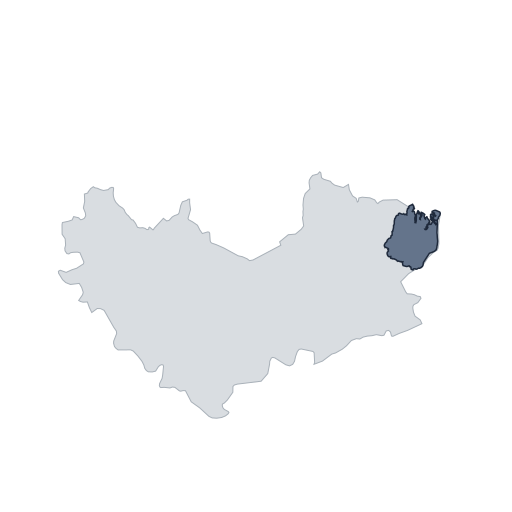 Boke, Boke, Guinea (highlighted), rotated 153°
{"feature_id": "49546643B57120226425021", "entity_name": "Boke", "entity_type": "district", "adm_level": 2, "iso_a3": "GIN", "parent_name": "Guinea", "parent_adm1": "Boke", "projection": "albers", "projection_center": [-14.504, 11.069], "detail": "fine", "context": "in_parent", "style": "filled", "palette": "slate", "viewbox_px": 512, "rotation_deg": 153, "n_neighbors": 0, "source": "geoboundaries", "source_scale": "gbopen_adm2", "svg_char_len": 9227}
<svg xmlns="http://www.w3.org/2000/svg" viewBox="0 0 512 512"><g transform="rotate(153 256 256)"><path d="M310.5,329.0L306.7,328.5L305.0,329.3L300.0,335.3L297.0,337.7L292.2,337.0L290.6,337.4L289.3,336.8L291.0,333.5L293.3,327.0L299.5,320.4L299.6,319.0L297.0,315.2L294.2,310.0L294.2,304.5L293.6,300.4L288.1,299.4L287.1,298.7L286.9,297.4L289.9,290.4L290.1,289.0L289.7,287.7L286.3,284.2L281.0,277.7L271.8,264.3L268.4,261.5L265.1,257.4L263.9,254.8L260.5,253.8L229.0,254.3L228.5,257.9L217.6,260.3L210.9,257.6L203.5,259.3L199.9,261.1L197.2,269.0L195.6,270.7L194.0,274.3L192.6,276.2L191.0,280.1L187.5,285.7L183.8,289.3L177.5,291.3L175.5,297.1L174.1,299.3L171.6,301.0L169.0,302.1L163.9,301.0L161.0,302.1L160.5,300.6L162.1,296.0L160.8,293.6L155.8,288.8L155.3,286.5L153.8,283.5L147.2,277.4L141.1,277.8L142.8,272.6L142.7,265.7L140.6,261.9L141.2,258.1L140.0,258.3L138.0,261.0L134.7,260.2L128.1,256.1L124.7,252.1L124.3,248.7L123.6,247.4L121.6,248.1L117.4,248.1L104.7,242.1L95.7,227.0L95.5,223.6L96.8,217.7L96.5,216.1L92.4,220.0L91.6,217.4L88.5,211.3L87.5,207.8L84.5,206.3L82.1,206.0L80.2,207.1L77.7,214.2L75.9,214.2L74.0,212.7L74.4,207.4L79.3,200.8L87.4,184.0L90.3,180.2L92.1,178.9L96.0,178.7L103.5,176.5L112.6,171.3L119.7,171.7L128.0,171.0L138.8,167.4L138.9,156.2L138.5,153.7L134.7,151.5L132.4,149.5L130.5,147.0L128.1,145.3L128.2,143.4L133.0,141.0L137.4,141.0L138.9,140.1L139.9,138.5L141.2,134.5L141.6,130.2L138.7,124.5L138.9,120.4L154.7,120.9L163.4,122.0L170.5,122.3L171.6,123.2L170.7,127.2L171.6,129.5L174.0,130.1L178.0,127.3L180.1,127.9L184.5,131.3L188.7,132.3L193.2,134.1L197.4,135.1L201.2,134.9L204.1,136.8L209.4,137.4L216.2,134.9L221.5,133.8L229.1,133.5L233.0,134.2L244.5,132.2L253.5,133.2L252.1,134.5L248.1,143.5L248.6,145.1L257.9,152.6L260.0,153.2L262.5,152.1L266.4,148.5L269.5,144.7L272.5,142.8L276.0,142.9L278.8,145.5L285.5,156.7L287.2,158.1L288.7,158.1L291.6,155.9L293.0,153.5L298.9,145.9L308.3,142.1L330.7,150.3L333.9,150.9L335.8,150.2L338.5,145.1L346.9,140.7L350.9,139.4L353.2,139.3L354.0,137.9L354.4,135.8L353.9,133.7L351.3,129.9L351.2,128.8L352.6,128.0L355.8,127.4L359.9,127.7L364.6,129.3L368.5,131.6L370.7,134.4L375.1,146.2L379.9,155.5L380.0,168.0L382.1,169.2L384.4,169.7L385.5,170.6L387.9,175.8L390.0,177.2L392.6,177.5L397.5,180.7L400.6,182.0L401.1,182.9L401.0,184.3L399.8,186.1L395.2,189.6L393.0,192.6L388.4,199.8L388.3,201.1L389.3,202.0L391.3,202.2L393.4,201.6L397.7,199.0L401.1,199.8L404.5,201.7L405.7,203.7L406.1,206.4L405.4,209.9L405.4,213.8L406.6,220.4L408.5,227.0L410.3,229.3L421.5,234.9L422.6,237.1L423.2,239.5L422.5,242.9L421.4,244.8L415.4,250.1L414.5,252.5L415.1,257.1L416.0,276.5L418.4,279.7L421.3,281.3L428.0,280.2L427.9,285.6L427.1,291.6L431.1,293.4L433.1,295.2L434.2,296.9L428.1,300.2L426.4,302.1L425.6,307.2L425.9,311.8L434.3,314.9L437.6,318.7L439.1,322.7L439.7,330.3L439.0,332.1L436.9,332.2L432.6,327.6L426.2,327.3L421.4,326.5L413.4,327.3L412.1,328.7L411.4,338.8L413.3,340.5L417.2,342.3L419.7,343.1L421.8,342.8L423.4,344.0L423.8,347.3L422.8,349.8L420.7,352.1L418.2,358.0L418.9,363.4L414.6,372.0L413.3,373.7L407.3,372.1L403.4,371.6L400.6,373.9L396.7,370.6L395.9,368.0L394.5,367.5L391.9,367.5L389.5,369.1L388.5,371.8L388.0,377.2L383.8,382.5L380.8,389.1L377.3,388.5L376.5,389.3L372.7,391.1L369.5,391.6L368.6,389.9L366.7,388.5L364.5,385.8L362.1,383.6L357.5,382.2L355.7,382.9L353.5,382.7L352.1,381.9L352.3,380.6L354.6,377.1L355.9,374.0L356.6,370.6L356.5,367.4L355.2,362.9L353.1,359.3L352.5,357.2L352.7,354.2L352.2,351.5L351.5,350.0L350.4,344.8L349.2,343.9L348.5,339.7L348.6,335.4L346.8,333.8L344.0,332.6L342.3,331.0L341.3,329.1L340.2,328.6L339.4,328.7L338.6,329.9L337.7,330.1L336.0,326.1L335.3,326.0L334.2,326.9L321.4,331.6L319.7,327.8L317.2,327.2L313.0,328.8L310.5,329.0Z" fill="#d9dde1" stroke="#a8b0b8" stroke-width="1"/><path d="M129.7,211.3L131.9,210.5L133.0,209.4L135.0,208.8L136.7,207.5L137.1,206.7L137.1,206.2L136.9,206.5L137.1,205.6L136.9,205.3L134.7,202.5L134.8,201.9L135.2,201.6L135.6,201.7L135.7,200.3L136.2,200.1L137.4,199.7L138.3,198.3L138.2,197.6L138.5,196.7L138.2,195.5L137.7,194.8L136.5,194.6L136.1,194.4L136.5,193.8L136.9,193.3L137.0,192.9L136.9,192.6L136.5,192.5L135.9,191.7L135.6,191.8L135.2,191.4L135.1,191.1L134.2,190.8L134.0,190.3L133.5,189.9L133.4,189.5L132.9,189.1L132.5,188.2L132.5,187.6L132.0,187.2L132.0,186.9L131.2,186.8L130.9,186.3L130.1,185.6L130.1,185.4L129.6,185.1L129.2,185.2L128.9,184.9L128.8,184.2L128.5,184.2L128.1,184.3L127.8,184.2L128.2,183.8L128.4,183.7L129.1,182.1L129.3,180.7L126.8,178.4L125.9,178.0L124.6,177.9L124.0,177.7L124.1,176.8L123.4,176.5L123.4,176.2L123.1,175.9L123.3,174.9L123.8,174.1L123.5,173.3L122.5,172.3L121.6,173.0L120.2,172.5L119.7,172.1L119.5,171.7L118.9,171.4L118.5,171.3L116.9,171.4L116.6,171.3L116.4,171.1L115.5,170.7L114.7,170.9L114.1,170.7L113.7,171.0L113.4,171.1L112.6,171.0L111.9,171.6L111.2,172.2L109.8,174.2L100.3,179.7L97.2,179.3L95.0,179.2L92.7,179.7L91.2,181.2L90.0,183.0L89.5,183.5L87.4,186.7L86.0,190.3L84.8,193.0L84.3,194.4L80.2,201.7L80.6,202.1L81.3,202.6L81.5,202.5L81.5,202.8L81.5,203.1L81.9,203.7L82.1,204.4L82.1,205.1L82.4,205.9L82.8,206.3L83.0,206.2L83.2,206.3L83.4,206.3L84.0,205.9L84.5,205.4L84.8,205.3L85.2,204.9L85.8,204.8L86.4,205.1L86.3,205.5L86.6,205.7L87.5,205.6L87.9,205.6L88.5,205.9L88.8,205.9L90.1,204.2L89.8,203.7L89.9,203.4L91.4,202.5L92.0,202.5L92.1,202.3L92.7,202.4L92.8,202.8L93.3,202.9L93.4,203.2L93.4,203.3L93.0,203.1L92.2,203.1L91.7,203.2L91.6,203.3L91.7,203.8L91.6,204.2L91.4,204.5L91.2,204.7L90.7,204.8L90.4,204.9L89.3,206.3L88.7,206.4L88.3,206.3L87.9,206.3L87.7,206.4L87.1,207.1L86.7,207.2L86.1,207.7L85.7,207.7L85.6,207.9L85.5,208.2L85.6,209.0L85.6,210.1L85.9,210.7L86.0,211.1L86.0,211.3L86.2,211.8L85.9,213.3L86.0,213.4L86.6,213.2L87.2,213.2L87.5,213.2L87.9,212.7L88.3,212.0L88.6,212.6L88.4,213.5L88.3,214.1L88.2,214.6L87.9,215.6L87.4,216.2L87.2,216.3L86.9,216.2L86.8,216.4L87.6,218.2L87.9,218.6L88.2,218.8L88.3,219.2L88.9,219.9L89.1,219.7L89.2,219.3L89.1,218.4L89.3,217.7L89.5,217.1L89.8,217.0L90.0,216.6L90.6,216.1L90.9,215.9L91.7,215.6L92.3,215.2L92.6,214.9L93.0,213.9L93.4,214.4L92.9,215.5L92.5,215.9L91.6,216.2L91.1,216.5L90.7,218.4L90.1,219.5L91.1,219.9L91.8,219.6L92.0,219.9L91.7,220.3L91.7,220.5L91.4,220.7L91.2,220.5L90.9,220.5L90.7,220.7L90.7,220.9L90.9,221.7L90.8,221.8L91.0,222.1L91.0,222.7L91.1,222.8L91.5,222.5L91.8,222.4L93.1,221.0L93.6,220.6L94.4,220.3L94.8,219.0L95.7,217.5L96.5,216.1L96.6,215.7L97.5,214.2L98.1,213.7L98.5,213.1L99.1,213.6L98.8,213.8L98.4,215.2L98.2,215.5L98.1,216.0L97.4,217.5L96.8,218.4L96.2,218.7L95.6,219.5L95.6,219.8L95.3,220.4L95.5,220.8L95.4,221.6L95.0,222.7L94.8,223.4L95.0,224.2L95.3,224.5L96.4,224.5L96.5,224.8L95.9,225.0L95.3,225.5L95.2,225.7L94.8,226.2L94.4,226.1L94.1,226.3L93.9,226.6L93.7,226.5L93.5,226.2L93.3,226.3L93.2,226.7L93.2,227.0L93.3,227.2L93.5,227.2L93.6,227.5L93.3,228.1L93.1,228.1L93.0,228.4L92.8,228.6L92.8,228.8L93.1,230.1L92.9,230.7L93.0,231.0L93.6,231.0L93.7,230.7L95.0,231.0L96.6,231.0L97.1,230.9L97.5,230.6L97.7,229.9L98.0,229.5L98.4,229.3L98.9,229.2L99.0,229.5L99.8,229.1L100.1,228.5L101.3,227.3L101.7,226.1L102.8,224.8L103.0,224.2L103.6,224.7L103.7,225.3L104.2,225.3L104.9,225.5L105.1,226.5L105.3,226.4L106.1,226.6L106.8,226.9L107.7,227.8L108.4,228.8L108.7,229.0L109.2,229.1L109.8,229.0L110.5,227.9L110.8,227.8L111.3,227.9L111.7,228.2L112.7,228.1L113.7,227.4L114.8,226.4L115.1,226.4L115.6,226.1L116.3,225.0L116.8,224.6L118.2,221.9L118.9,221.1L119.5,220.9L120.7,218.7L122.2,216.9L122.6,216.6L122.9,216.0L123.2,215.8L123.5,216.0L123.8,215.9L124.2,214.8L124.8,213.6L125.3,212.8L125.7,212.9L126.5,212.7L126.9,212.0L127.1,211.9L127.9,211.0L129.7,211.3ZM80.3,209.6L81.2,208.0L81.2,207.8L80.2,206.8L78.8,205.6L78.4,205.6L78.0,206.0L77.2,206.3L76.2,207.0L76.1,207.4L75.6,207.9L75.0,208.2L74.2,208.4L73.4,209.0L73.2,209.4L72.7,209.9L72.5,210.3L72.3,211.2L72.3,211.6L72.6,212.1L74.9,214.9L75.4,215.3L75.8,215.5L77.4,215.8L78.0,215.7L78.3,215.8L78.8,215.8L78.9,215.5L79.4,214.8L79.4,214.6L79.0,214.1L78.8,214.1L78.6,213.9L78.4,214.0L78.3,213.9L78.4,213.7L77.8,213.5L77.5,213.2L77.9,212.6L78.3,212.7L78.3,212.3L78.1,212.2L78.1,211.7L77.9,211.4L77.9,210.6L77.6,210.2L78.0,210.0L78.4,211.0L78.5,211.2L78.8,211.3L79.0,211.2L79.3,210.7L79.8,210.3L80.3,209.6ZM81.3,213.8L81.9,213.4L82.0,212.7L82.3,212.3L82.4,212.2L82.1,211.9L82.0,211.3L82.2,210.9L82.0,210.7L81.7,210.6L81.3,210.1L82.1,209.1L82.0,208.5L81.6,208.4L81.3,208.6L81.1,209.0L81.0,209.6L80.7,210.0L79.6,211.2L79.9,212.5L79.8,212.8L80.3,213.0L80.6,213.6L80.8,213.8L81.3,213.8ZM81.4,204.3L80.7,203.2L79.9,202.1L78.8,204.2L78.5,205.0L78.2,205.5L78.6,205.4L79.1,205.7L80.3,206.6L80.6,206.6L81.3,206.1L81.4,205.9L81.4,204.3ZM83.7,209.2L83.7,208.6L83.3,207.7L83.2,207.5L82.8,207.3L82.5,207.2L82.1,207.4L82.0,207.6L82.1,208.2L82.6,208.6L82.5,209.1L82.9,209.5L83.3,209.5L83.4,209.4L83.7,209.5L83.7,209.2ZM82.6,211.6L82.8,211.5L82.6,211.1L82.9,210.6L82.7,210.1L82.9,209.9L82.4,209.5L82.1,209.5L81.8,209.7L81.6,210.2L82.1,210.5L82.4,211.3L82.6,211.6ZM81.5,207.1L81.4,206.4L81.1,206.5L80.8,206.7L80.8,206.9L81.0,207.0L81.4,207.2L81.5,207.1ZM90.9,204.2L91.0,204.1L90.8,203.7L90.6,203.7L90.4,204.0L90.5,204.1L90.9,204.2ZM86.2,207.4L86.2,207.2L85.7,207.3L85.6,207.5L85.8,207.6L86.2,207.4ZM97.4,216.0L97.4,215.8L97.1,216.3L97.3,216.4L97.4,216.0Z" fill="#64748b" stroke="#1e293b" stroke-width="1.5"/></g></svg>